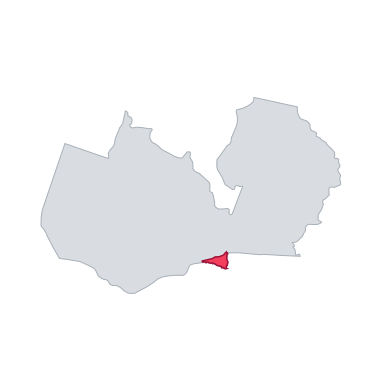 location of Luangwa, Lusaka, Zambia, rotated 21°
{"feature_id": "96606910B48730551364911", "entity_name": "Luangwa", "entity_type": "district", "adm_level": 2, "iso_a3": "ZMB", "parent_name": "Zambia", "parent_adm1": "Lusaka", "projection": "albers", "projection_center": [30.16, -15.353], "detail": "fine", "context": "in_parent", "style": "filled", "palette": "rose", "viewbox_px": 384, "rotation_deg": 21, "n_neighbors": 0, "source": "geoboundaries", "source_scale": "gbopen_adm2", "svg_char_len": 6366}
<svg xmlns="http://www.w3.org/2000/svg" viewBox="0 0 384 384"><g transform="rotate(21 192 192)"><path d="M251.2,251.6L235.9,251.6L230.4,252.9L225.8,254.8L220.4,257.8L217.3,259.9L216.4,261.0L216.0,263.5L216.0,267.4L215.5,270.3L213.9,272.8L205.7,276.0L200.3,278.6L195.1,281.7L191.1,285.6L188.4,290.4L184.0,296.4L174.7,307.2L169.2,309.2L164.7,308.8L159.1,306.7L154.7,306.4L151.5,307.8L148.4,307.5L145.6,305.3L143.3,304.5L141.5,305.2L139.1,305.1L134.7,304.0L130.8,300.3L128.7,298.8L127.1,298.2L122.6,297.7L112.2,297.1L101.4,299.3L92.0,301.5L82.1,293.4L72.4,284.8L70.4,282.6L66.8,279.7L64.2,278.4L63.2,277.7L60.3,269.8L58.7,262.6L56.0,192.3L99.2,190.9L102.0,190.5L102.1,189.7L100.0,186.0L100.1,184.7L100.5,182.2L102.3,177.0L102.4,175.3L101.3,169.8L101.3,166.7L101.6,160.5L101.3,158.4L102.2,155.5L102.5,153.7L102.9,152.8L102.3,150.7L101.3,143.3L100.7,140.2L103.3,140.6L104.2,142.1L104.7,143.8L105.9,143.8L109.1,144.7L110.2,146.1L111.0,149.1L110.6,150.6L109.6,151.8L110.6,152.9L112.7,153.6L113.9,153.3L117.4,151.2L120.6,150.4L122.2,149.8L129.4,148.3L130.8,147.5L131.8,147.5L132.6,148.1L132.0,150.2L131.8,152.1L132.8,155.6L133.5,157.2L135.0,158.4L136.1,159.0L137.3,160.2L139.8,160.0L145.4,161.7L147.0,162.5L149.4,163.3L151.0,163.5L156.7,164.1L162.7,165.0L165.8,165.0L168.0,164.7L169.6,164.2L170.5,163.6L170.9,163.1L173.1,156.3L174.2,155.8L175.7,155.4L176.6,156.0L177.6,160.3L182.0,164.0L183.5,167.2L184.6,170.0L185.6,170.7L187.2,171.6L189.8,171.9L192.2,172.0L203.9,176.6L205.2,177.4L206.6,179.9L207.5,182.7L208.4,184.9L209.9,185.4L211.3,185.5L212.6,187.0L213.6,188.4L217.1,193.9L217.6,196.1L219.3,197.5L221.5,198.2L223.6,198.2L224.8,197.6L227.8,196.4L230.1,195.1L231.8,194.6L232.8,194.9L233.5,195.8L234.0,198.6L235.7,199.5L236.9,199.1L237.4,198.1L237.4,197.5L237.3,168.6L236.2,168.8L234.9,169.7L231.8,169.8L230.6,170.4L230.2,171.3L230.5,172.5L230.6,174.1L230.1,174.9L228.8,175.2L226.8,174.6L223.3,173.8L220.3,173.3L218.2,171.1L215.3,167.9L213.4,166.3L208.8,162.9L208.0,162.2L206.7,160.6L205.5,157.9L204.3,154.8L203.7,152.8L204.7,149.8L207.3,139.8L207.9,136.7L210.1,133.5L210.3,130.7L209.3,127.0L209.5,125.0L209.8,113.6L209.1,110.0L207.6,106.0L204.2,100.5L204.2,99.3L209.3,95.7L210.8,94.3L213.5,91.3L215.3,88.8L216.4,86.8L216.8,84.2L215.9,81.7L217.7,81.2L259.8,74.8L260.4,76.5L261.7,79.3L263.1,81.4L265.0,83.2L266.5,84.3L267.5,84.7L274.0,84.6L276.3,85.7L278.3,87.1L278.8,89.3L280.2,90.7L281.6,91.8L282.2,91.9L283.3,91.7L285.0,91.7L286.6,92.1L287.4,92.6L287.4,94.4L287.9,95.3L290.1,95.6L292.4,95.8L294.5,97.0L296.8,97.3L299.5,97.8L300.8,99.1L303.6,100.5L307.1,101.8L310.9,103.9L311.0,104.5L311.6,105.7L312.3,106.6L312.3,107.8L312.7,109.0L313.6,109.3L314.5,109.4L315.2,108.5L316.2,108.6L317.4,109.1L317.7,110.5L318.6,112.3L320.0,113.6L320.9,114.8L320.6,116.9L319.9,118.9L321.8,120.9L324.3,122.8L325.0,123.7L325.1,126.4L325.5,127.4L327.2,129.7L328.0,131.3L327.9,132.2L323.3,136.6L320.5,137.3L319.2,138.2L318.5,139.2L320.2,143.8L321.2,145.5L320.3,147.7L318.5,151.3L317.6,151.6L317.4,154.4L318.0,155.4L318.9,156.2L319.2,158.1L319.1,162.8L317.9,168.1L319.8,172.8L320.5,173.3L323.3,173.4L323.8,173.8L323.1,175.1L321.1,177.1L317.5,178.7L312.3,180.4L311.2,182.0L310.5,184.5L311.1,185.9L311.7,186.8L311.5,188.9L311.0,191.1L311.1,192.9L310.9,194.5L310.2,195.2L309.3,197.6L308.1,200.0L307.2,201.0L305.9,202.2L303.9,203.1L303.9,203.6L306.2,204.7L306.8,205.4L307.0,206.0L306.0,207.2L307.1,207.9L308.4,208.5L309.6,210.1L310.9,213.1L311.2,213.4L311.6,213.5L312.4,213.2L313.8,212.0L314.8,211.6L316.0,213.3L294.5,220.4L289.5,221.9L281.9,224.4L279.5,225.4L277.5,226.3L257.6,232.0L254.5,233.1L247.5,236.0L247.2,236.5L247.3,237.9L247.9,240.6L249.1,243.2L250.2,244.6L250.8,248.3L251.2,251.6Z" fill="#d9dde1" stroke="#a8b0b8" stroke-width="1"/><path d="M227.0,253.4L227.1,253.5L227.2,253.4L227.3,253.4L227.5,253.3L227.8,253.3L228.0,253.3L228.1,253.2L228.4,253.0L229.0,252.7L229.3,252.6L229.5,252.5L229.8,252.6L230.0,252.7L230.7,252.6L231.0,252.4L231.0,252.5L231.1,252.4L231.3,252.2L231.5,252.0L231.8,251.8L231.9,251.7L232.0,251.7L232.4,251.6L232.5,251.6L232.7,251.8L232.8,251.8L233.2,252.0L233.3,252.0L233.5,252.1L233.8,252.1L234.0,252.0L234.5,251.8L234.7,251.7L234.8,251.6L235.0,251.5L235.4,251.5L235.6,251.5L235.8,251.5L236.0,251.5L236.1,251.4L236.3,251.3L236.5,251.4L236.5,251.2L236.9,251.0L237.0,250.9L237.3,250.9L237.5,250.9L237.8,250.9L238.0,250.8L238.3,250.8L238.5,250.8L238.8,250.8L239.0,250.9L239.4,250.9L239.6,251.0L239.8,251.1L240.0,251.1L240.3,251.1L240.5,251.2L240.8,251.3L241.1,251.5L241.3,251.6L241.5,251.6L241.8,251.6L242.0,251.5L242.3,251.5L242.6,251.5L242.8,251.5L243.2,251.4L243.3,251.4L243.5,251.3L243.6,251.2L244.0,251.2L244.5,251.2L244.8,251.2L245.0,251.1L245.3,251.1L245.5,251.0L245.8,251.0L246.0,251.0L246.3,251.5L246.5,251.7L246.5,251.8L246.8,251.9L246.8,252.0L247.0,252.2L247.4,251.9L247.5,251.8L247.6,251.7L247.8,251.5L247.8,251.4L248.0,251.2L248.2,251.4L248.2,251.5L248.3,251.6L248.5,251.6L248.8,251.7L249.0,251.6L249.3,251.6L249.6,251.7L249.7,251.8L249.8,251.8L250.0,251.8L250.3,251.9L250.6,251.7L250.8,251.6L251.1,251.5L251.3,251.4L251.5,251.2L251.8,251.0L251.7,251.0L251.6,250.9L251.4,250.5L251.4,250.4L251.2,250.2L251.0,249.9L250.9,249.8L250.7,249.7L250.5,249.4L250.5,249.2L250.7,248.9L250.8,248.8L250.8,248.7L250.9,248.4L251.0,248.2L251.1,247.9L251.3,247.8L251.3,247.7L251.2,247.4L250.9,247.2L250.9,246.9L250.9,246.6L250.8,246.3L250.8,246.2L250.9,245.9L250.9,245.7L250.8,245.4L250.7,245.1L250.8,244.9L250.7,244.6L250.6,244.4L249.6,243.5L249.4,243.2L249.2,242.9L249.0,242.7L248.9,242.6L248.7,242.5L248.6,242.4L248.5,242.2L248.4,242.1L248.3,241.9L248.3,241.7L248.2,241.5L248.1,241.4L248.1,241.1L248.1,240.9L248.1,240.7L247.9,240.3L247.9,240.2L247.5,239.8L247.5,239.7L247.4,239.5L247.5,239.4L247.5,239.2L247.4,239.0L247.3,238.8L247.2,238.7L247.3,238.4L247.2,238.2L247.1,237.9L247.2,237.6L247.3,237.5L247.3,237.4L247.5,237.2L247.4,237.0L247.4,236.9L247.2,236.6L247.1,236.4L247.0,236.2L246.9,236.1L246.7,236.1L246.4,236.2L246.2,236.1L245.9,236.0L245.8,235.9L245.8,236.0L245.7,236.0L245.7,235.9L245.7,236.0L245.5,235.9L245.4,235.9L245.2,236.2L244.5,238.0L244.1,239.5L243.2,240.3L242.7,240.7L242.0,241.4L241.4,241.9L240.8,242.6L238.3,243.7L237.0,244.2L234.6,247.1L233.8,247.6L231.4,249.2L231.3,249.3L227.5,251.9L226.3,252.6L226.4,253.0L226.5,252.9L226.7,253.0L226.8,253.0L227.0,253.2L227.0,253.3L227.0,253.4Z" fill="#f43f5e" stroke="#9f1239" stroke-width="1.5"/></g></svg>